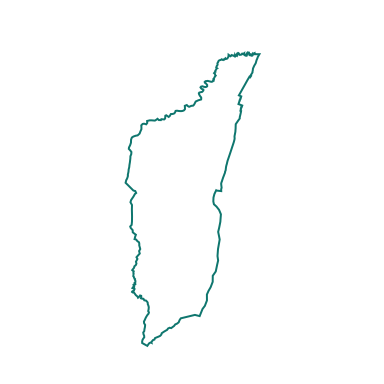 Tenampa, Veracruz, Mexico, rotated 307°
{"feature_id": "50627088B72101462893192", "entity_name": "Tenampa", "entity_type": "district", "adm_level": 2, "iso_a3": "MEX", "parent_name": "Mexico", "parent_adm1": "Veracruz", "projection": "albers", "projection_center": [-96.829, 19.258], "detail": "fine", "context": "isolated", "style": "outline", "palette": "teal", "viewbox_px": 384, "rotation_deg": 307, "n_neighbors": 0, "source": "geoboundaries", "source_scale": "gbopen_adm2", "svg_char_len": 5883}
<svg xmlns="http://www.w3.org/2000/svg" viewBox="0 0 384 384"><g transform="rotate(307 192 192)"><path d="M159.4,133.4L157.9,144.3L158.6,146.1L157.6,148.0L156.0,147.6L153.2,148.0L149.0,148.2L146.8,149.0L145.5,151.9L142.0,154.4L139.1,156.7L136.3,158.9L132.2,161.9L129.4,163.6L127.3,163.4L126.4,164.7L126.1,166.2L125.8,167.6L124.2,168.9L124.1,169.9L124.1,171.7L124.1,172.9L122.1,173.5L119.8,174.5L120.4,176.1L119.9,177.8L119.9,180.0L118.7,181.3L117.8,181.8L115.3,185.0L113.0,185.3L111.4,187.3L107.8,187.0L106.5,186.9L105.7,188.7L102.6,189.2L101.4,190.7L99.9,191.1L97.9,190.7L96.7,191.3L94.6,191.3L94.2,191.2L93.6,191.3L93.5,192.5L93.6,193.2L92.8,193.5L92.0,193.9L91.8,194.4L89.4,195.8L89.2,196.7L88.6,197.3L88.2,198.9L87.6,199.0L87.1,200.1L86.3,200.8L85.7,201.1L85.0,200.9L84.8,201.7L84.2,202.3L83.5,202.0L83.2,201.2L82.6,201.1L82.0,202.5L81.5,202.9L81.1,202.8L80.6,202.2L79.8,202.2L79.4,202.3L79.6,202.8L80.1,203.4L80.2,203.9L80.0,204.5L79.0,204.7L78.5,204.9L78.0,204.9L77.5,204.5L76.4,204.1L76.1,204.2L76.1,205.0L76.2,205.4L76.8,206.0L76.7,206.5L76.5,207.1L75.8,209.3L75.7,211.4L75.1,212.5L76.6,212.9L78.1,212.8L78.5,213.9L77.5,214.8L76.4,215.2L76.8,216.4L77.5,217.5L76.8,219.1L77.6,220.6L77.3,222.5L76.9,223.3L75.7,224.3L75.2,225.3L74.0,226.8L72.1,228.0L70.5,228.7L70.0,230.0L68.7,230.5L66.6,230.4L63.9,230.7L61.3,231.3L59.6,231.6L58.4,232.7L57.6,234.6L55.8,235.7L54.0,236.5L52.1,237.6L50.5,237.6L49.2,238.9L48.4,240.3L47.2,241.3L45.5,241.3L44.1,241.5L42.5,242.2L41.4,243.1L42.2,248.9L45.2,248.8L46.3,249.2L46.8,249.5L47.1,249.9L47.2,250.4L47.6,249.9L49.1,249.9L50.4,250.0L51.5,250.8L53.1,250.4L55.0,251.5L56.5,252.4L58.1,253.2L59.7,253.3L61.0,252.8L63.9,253.8L67.0,255.1L68.5,255.0L70.1,255.8L70.8,257.3L72.6,257.8L74.2,258.3L76.2,258.3L77.7,259.2L79.9,259.8L82.1,259.2L83.8,259.1L84.4,259.1L95.6,268.3L97.5,272.8L104.9,270.8L108.8,270.8L114.4,269.2L119.1,265.6L123.0,264.7L127.1,264.2L132.7,262.6L137.6,259.0L142.8,258.8L149.4,255.7L153.0,254.1L156.2,250.9L162.1,247.1L170.7,242.7L172.9,240.3L175.9,236.9L179.8,235.2L185.2,232.6L191.6,228.5L194.0,224.4L195.1,220.3L195.4,216.9L197.3,214.7L200.5,212.5L203.9,211.1L207.9,210.3L207.9,210.7L210.3,214.8L211.8,213.6L213.2,213.1L215.6,210.8L216.5,210.1L217.9,209.6L218.7,209.4L220.3,208.8L221.3,208.5L222.1,208.2L223.9,207.7L224.9,207.4L225.8,207.1L226.0,207.1L227.0,206.8L227.9,206.4L228.1,206.2L229.6,205.8L232.5,204.1L234.3,203.3L235.2,203.0L237.2,202.1L238.4,201.6L242.1,200.4L245.7,199.2L251.3,197.3L256.6,195.5L259.1,194.5L260.3,193.9L262.1,192.4L266.2,190.4L267.7,189.4L269.0,188.6L269.8,188.0L272.5,186.1L277.1,185.9L279.4,185.9L280.5,185.1L283.5,183.8L284.8,183.2L286.2,182.5L286.0,181.8L287.8,181.2L287.8,180.9L289.5,180.2L289.7,180.6L291.3,180.1L290.2,176.2L292.0,175.6L293.8,174.9L293.9,175.1L295.8,174.3L295.9,174.6L298.0,173.8L297.4,171.3L299.7,171.0L304.7,170.3L309.3,169.7L314.3,169.0L315.1,168.9L316.8,168.7L318.6,168.5L318.6,169.4L320.3,169.3L320.3,168.7L322.1,168.5L323.8,168.4L324.1,168.1L325.6,167.4L327.3,166.4L330.3,165.7L333.1,165.4L336.2,164.2L337.9,163.8L339.4,163.3L342.6,162.9L339.9,159.3L340.4,159.1L340.2,158.3L340.4,158.2L339.9,157.9L339.2,157.8L338.2,158.0L338.2,157.7L338.5,157.2L337.9,157.3L338.0,157.5L337.8,157.6L337.8,157.4L336.8,157.6L336.7,157.1L337.1,156.9L337.0,156.5L337.3,156.2L337.2,155.8L336.5,156.0L336.1,156.0L336.0,155.4L336.8,154.9L336.7,154.7L336.9,154.3L337.1,154.1L336.6,154.0L336.6,153.6L336.7,153.4L336.9,153.5L337.2,153.2L337.2,152.8L333.7,153.6L333.4,152.7L333.9,152.4L333.4,152.4L333.0,152.5L332.8,152.2L332.6,152.5L332.8,152.2L333.4,151.4L333.4,150.9L333.4,150.7L333.2,150.7L333.1,150.4L333.7,150.3L334.1,150.1L333.8,150.0L333.6,150.1L332.8,150.0L332.7,148.8L331.4,148.7L330.3,147.7L330.9,145.6L330.3,145.4L329.0,145.8L329.6,144.8L328.5,144.8L328.4,144.9L327.1,145.3L326.9,145.1L327.0,144.7L326.9,144.6L326.6,144.4L326.8,144.1L326.0,144.5L325.9,143.4L325.8,143.2L325.8,142.3L325.5,142.1L324.9,141.7L325.0,141.2L323.6,141.0L323.6,138.6L322.0,139.7L321.4,139.7L320.0,139.9L319.5,139.7L318.5,138.9L318.8,138.2L317.9,138.1L317.7,138.1L317.2,138.0L316.6,137.9L316.6,137.2L316.2,137.1L315.9,136.9L315.8,135.8L314.8,135.5L313.8,134.7L313.1,134.4L312.1,134.4L311.5,134.7L310.2,134.8L309.7,135.1L309.4,135.6L309.1,135.8L308.2,136.0L307.8,135.9L307.6,135.9L306.8,136.2L306.3,136.3L305.9,136.5L305.9,137.4L305.6,137.2L305.5,137.3L305.4,137.4L305.0,137.5L304.3,137.6L303.5,137.6L303.0,137.6L302.7,137.9L302.5,138.1L302.2,138.3L302.0,138.0L301.5,138.1L300.2,138.1L300.1,139.4L299.3,140.2L299.2,140.9L297.7,140.8L297.2,141.0L296.7,141.0L296.1,141.2L295.1,141.1L295.0,141.8L294.5,141.9L294.3,142.1L294.0,142.1L293.8,142.0L293.6,142.2L293.3,141.8L292.5,141.9L291.6,141.1L290.9,139.4L290.2,137.7L288.6,136.1L287.5,135.9L287.0,136.6L287.1,137.6L286.6,139.7L285.5,140.5L284.1,139.9L283.2,138.3L282.7,136.7L281.6,135.8L280.7,135.8L280.3,136.8L280.2,137.6L280.4,138.5L280.7,139.4L279.9,140.0L278.2,139.9L275.8,138.0L275.0,138.0L274.2,139.0L273.5,140.6L273.1,142.2L272.7,142.8L271.4,143.6L269.1,141.9L266.5,140.5L263.0,141.1L261.6,140.9L260.4,139.6L259.3,139.0L258.3,138.4L258.1,136.9L258.3,135.5L256.5,134.4L255.1,135.6L254.0,136.5L252.5,136.5L251.2,135.8L250.0,134.6L248.8,132.8L247.9,131.1L246.9,130.1L245.6,130.5L244.2,130.6L242.8,129.7L241.5,128.2L239.3,128.5L237.9,128.2L237.8,125.3L236.9,124.8L234.5,126.3L233.2,126.1L231.7,123.7L230.7,123.9L229.5,122.2L229.7,120.4L228.2,120.0L226.7,119.4L224.8,116.4L223.9,115.2L221.7,113.4L220.2,114.7L218.5,114.7L217.7,112.6L216.6,111.6L214.7,111.4L213.2,112.7L211.7,113.8L209.1,114.4L207.1,115.0L204.5,114.5L203.1,113.2L201.0,111.8L199.3,111.2L197.2,111.8L194.6,113.6L192.2,114.4L189.6,114.9L188.4,115.6L188.1,117.4L187.5,119.5L185.7,120.7L183.5,121.3L181.8,122.5L178.4,124.5L175.9,125.8L174.1,126.9L171.8,127.9L169.9,129.1L166.9,130.5L166.4,131.1L164.6,131.8L163.0,132.2L162.0,132.3L159.4,133.4Z" fill="none" stroke="#0f766e" stroke-width="2"/></g></svg>